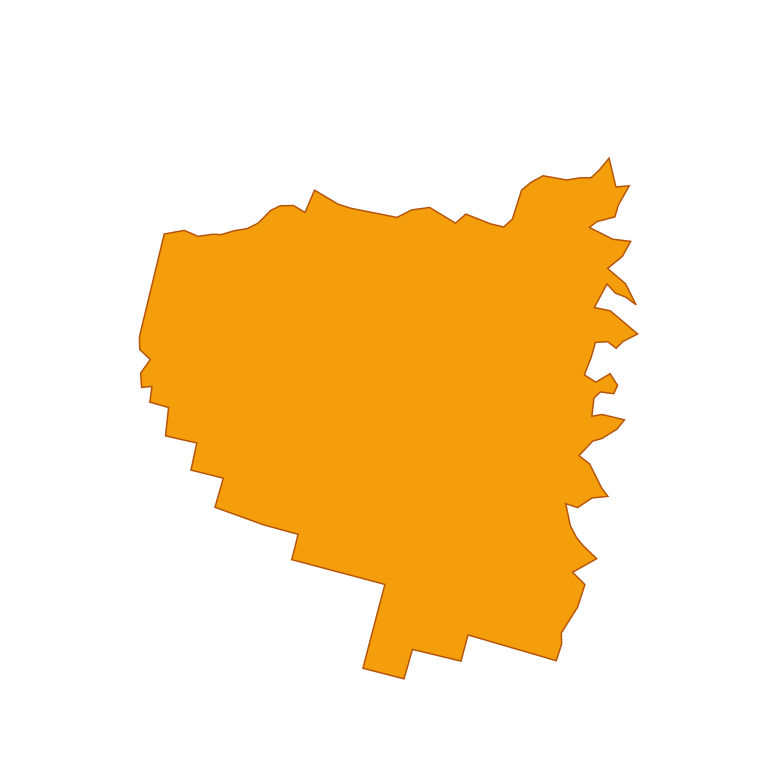 outline of Putinga, Rio Grande do Sul, Brazil, rotated 196°
{"feature_id": "56859067B9535138081372", "entity_name": "Putinga", "entity_type": "district", "adm_level": 2, "iso_a3": "BRA", "parent_name": "Brazil", "parent_adm1": "Rio Grande do Sul", "projection": "robinson", "projection_center": [-52.165, -29.032], "detail": "fine", "context": "isolated", "style": "filled", "palette": "amber", "viewbox_px": 768, "rotation_deg": 196, "n_neighbors": 0, "source": "geoboundaries", "source_scale": "gbopen_adm2", "svg_char_len": 1491}
<svg xmlns="http://www.w3.org/2000/svg" viewBox="0 0 768 768"><g transform="rotate(196 384 384)"><path d="M512.5,218.9L461.1,215.4L425.2,215.8L424.7,205.2L424.3,189.7L343.7,191.3L327.9,191.6L326.7,137.3L325.9,104.9L283.5,106.1L283.5,136.7L233.6,138.8L234.1,165.9L142.1,165.5L141.6,183.0L144.9,193.6L136.4,222.9L135.6,246.6L150.9,255.0L131.4,274.7L148.4,283.7L156.6,289.4L166.0,299.4L176.3,319.0L163.8,318.6L152.6,331.8L137.8,337.7L146.3,344.2L164.3,363.8L176.8,368.9L167.7,386.6L159.5,391.7L147.6,404.8L143.0,415.8L166.0,414.8L175.3,410.3L178.3,428.4L173.8,436.0L160.5,438.0L159.1,447.0L169.5,456.2L181.0,444.1L193.9,448.0L192.2,467.2L192.2,482.3L180.5,486.3L170.7,482.3L166.0,490.8L154.0,502.0L186.7,516.7L202.9,515.5L197.2,541.6L186.5,535.1L175.8,534.2L163.5,529.6L179.4,546.9L201.0,556.7L190.0,572.4L186.2,589.1L204.1,586.2L229.7,591.1L224.2,598.7L208.1,608.3L208.1,620.3L202.9,642.1L215.4,637.4L229.9,663.1L236.3,648.6L241.8,639.4L252.9,636.0L264.5,630.5L288.5,628.0L298.3,618.4L305.2,608.2L306.0,578.1L312.2,567.9L325.4,567.3L352.2,569.9L359.6,558.3L388.8,566.3L405.5,558.9L417.5,547.7L464.0,543.8L477.9,544.2L504.2,551.2L507.2,527.1L520.3,530.6L532.9,526.7L540.8,519.6L549.3,503.9L558.6,495.5L570.3,490.0L581.8,482.7L589.7,480.8L603.4,474.7L618.4,476.6L636.6,467.6L632.1,361.8L628.3,349.8L615.4,343.2L620.9,327.3L616.1,313.9L606.4,317.7L604.1,302.0L584.6,302.0L579.7,273.9L547.7,275.7L545.8,248.0L512.5,249.2L512.5,218.9Z" fill="#f59e0b" stroke="#b45309" stroke-width="1.5"/></g></svg>